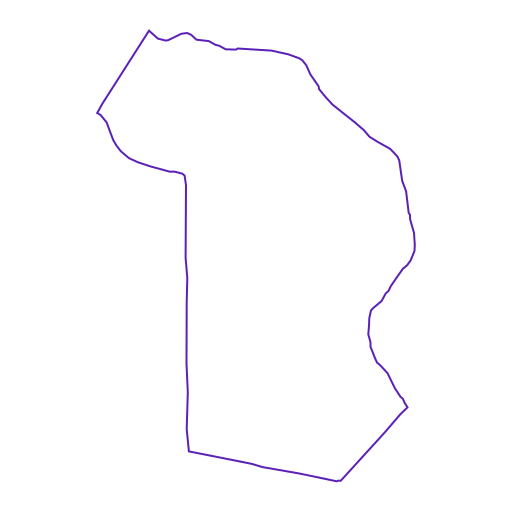 outline of Tectitán, Huehuetenango, Guatemala
{"feature_id": "79465075B96618305654863", "entity_name": "Tectitán", "entity_type": "district", "adm_level": 2, "iso_a3": "GTM", "parent_name": "Guatemala", "parent_adm1": "Huehuetenango", "projection": "mercator", "projection_center": [-92.03, 15.362], "detail": "fine", "context": "isolated", "style": "outline", "palette": "violet", "viewbox_px": 512, "rotation_deg": 0, "n_neighbors": 0, "source": "geoboundaries", "source_scale": "gbopen_adm2", "svg_char_len": 1278}
<svg xmlns="http://www.w3.org/2000/svg" viewBox="0 0 512 512"><path d="M149.0,30.7L102.3,103.8L97.2,113.0L100.7,115.1L106.6,122.4L113.2,140.0L116.2,145.2L120.8,151.2L128.9,158.1L138.0,162.3L150.1,166.3L169.8,171.7L174.8,171.7L182.2,173.6L184.6,175.6L186.0,185.1L185.6,257.9L187.3,277.9L186.7,302.8L186.5,363.5L187.8,392.4L186.7,429.1L188.9,451.4L251.9,463.9L262.5,467.1L299.3,473.5L336.7,481.3L338.3,480.6L340.7,480.8L384.5,432.7L400.3,414.3L406.1,408.7L407.5,407.3L404.5,402.6L402.9,398.8L400.5,396.8L394.9,388.3L387.6,373.3L381.3,366.4L378.6,363.8L377.1,362.7L375.1,358.4L370.5,346.7L370.5,342.3L368.3,334.4L369.0,325.8L369.3,318.2L370.9,310.8L372.5,308.7L373.6,307.7L381.6,301.0L385.8,293.3L388.4,291.1L390.9,286.0L396.7,277.5L403.0,268.6L407.1,265.3L410.8,260.1L414.5,250.9L414.8,244.9L414.0,232.9L410.1,219.2L410.0,214.9L408.7,212.9L406.1,191.3L402.2,180.9L399.2,160.2L397.3,156.5L394.6,153.4L390.2,148.9L377.4,141.7L369.5,136.8L363.9,130.2L355.0,122.5L332.6,104.7L325.9,97.4L319.1,89.2L318.6,86.3L310.4,74.5L306.2,65.1L302.2,60.2L299.2,58.3L288.2,54.3L271.5,50.6L237.6,48.5L236.1,49.6L225.7,49.3L219.1,45.7L215.6,44.9L208.8,41.1L196.5,39.7L191.0,34.7L187.1,33.0L181.3,33.8L167.9,40.3L165.4,40.5L157.9,38.6L149.0,30.7Z" fill="none" stroke="#5b21b6" stroke-width="2"/></svg>